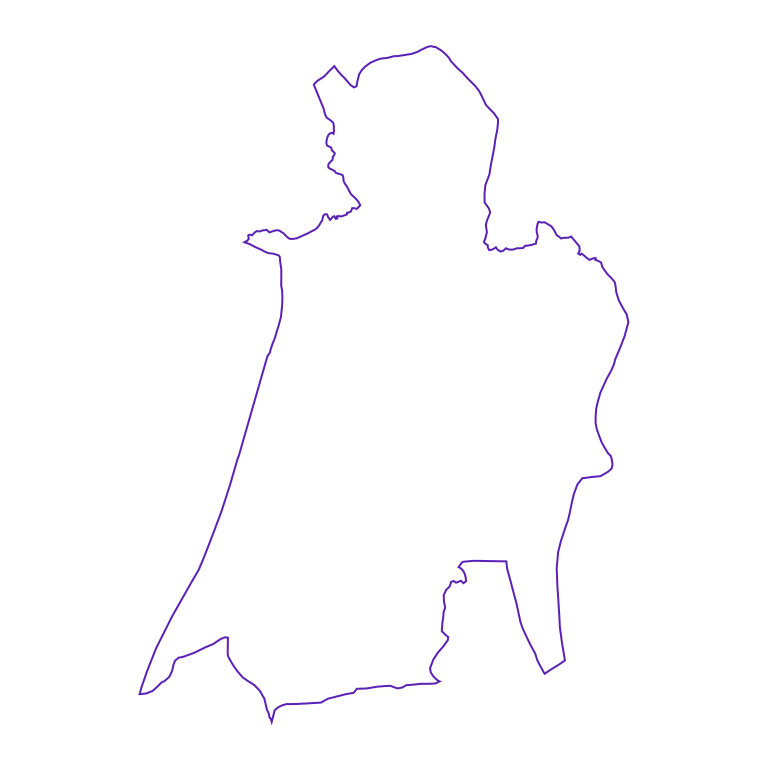 Ponhea Lueu, Kândal, Cambodia
{"feature_id": "14789045B73499055416904", "entity_name": "Ponhea Lueu", "entity_type": "district", "adm_level": 2, "iso_a3": "KHM", "parent_name": "Cambodia", "parent_adm1": "Kândal", "projection": "robinson", "projection_center": [104.799, 11.777], "detail": "fine", "context": "isolated", "style": "outline", "palette": "violet", "viewbox_px": 768, "rotation_deg": 0, "n_neighbors": 0, "source": "geoboundaries", "source_scale": "gbopen_adm2", "svg_char_len": 5391}
<svg xmlns="http://www.w3.org/2000/svg" viewBox="0 0 768 768"><path d="M458.7,69.3L456.7,67.4L451.1,61.4L448.9,57.8L445.8,54.4L441.2,50.4L435.7,47.1L433.8,46.9L431.0,46.1L428.2,46.7L425.2,47.9L421.1,49.9L417.6,51.8L415.0,52.7L411.3,54.0L409.0,54.3L404.9,55.0L401.5,55.5L397.6,56.1L394.0,56.2L387.3,57.9L380.2,58.7L374.9,60.7L370.1,62.9L365.1,66.7L361.8,70.1L359.3,73.9L358.0,78.9L357.1,82.5L356.6,86.2L353.8,87.4L350.3,84.8L347.4,81.4L344.1,77.6L341.7,75.3L338.2,71.4L336.1,68.6L334.3,66.1L331.6,68.8L329.1,71.2L327.0,73.5L323.8,76.7L321.4,78.3L317.6,80.7L315.3,82.8L313.8,84.6L323.6,108.6L325.2,114.7L326.7,117.7L329.1,119.3L331.4,121.0L333.2,122.8L333.9,126.0L333.8,128.1L334.0,131.1L333.5,133.8L332.0,132.8L330.2,133.3L328.6,134.6L327.2,137.7L326.8,139.3L326.3,142.9L327.1,145.5L328.8,146.4L331.2,147.6L331.9,150.4L333.1,151.4L334.8,153.2L334.3,154.9L332.8,157.0L332.5,159.9L331.0,161.3L329.0,163.4L328.2,165.0L328.4,167.4L330.2,168.9L332.3,169.7L335.0,171.4L335.9,172.9L338.3,173.7L340.4,174.2L342.5,175.1L343.3,177.2L343.6,181.2L345.3,184.3L346.7,186.1L348.8,190.2L350.4,193.2L351.8,195.0L354.0,197.0L356.0,198.8L358.3,201.7L359.5,203.8L360.3,205.2L356.8,208.9L354.0,208.1L352.2,208.2L350.9,211.5L348.6,212.6L347.1,212.7L346.8,214.5L344.5,215.3L342.1,216.2L340.2,216.4L338.7,216.0L336.8,216.4L337.4,218.4L335.8,218.8L334.1,216.2L332.8,216.9L330.1,219.9L328.0,216.9L327.2,214.4L324.9,214.2L323.3,215.7L322.5,218.7L322.2,220.6L320.7,222.4L320.1,223.9L318.1,226.7L316.6,228.4L314.3,230.0L311.9,231.1L308.4,233.1L296.6,238.4L291.8,239.0L289.4,238.7L286.7,236.7L284.0,233.7L282.4,232.6L279.6,230.8L277.9,230.2L274.6,230.6L271.4,231.7L269.3,232.4L266.7,229.8L265.2,230.2L262.4,230.4L260.5,231.3L258.4,231.4L256.8,231.0L254.6,232.6L252.1,235.3L249.7,234.6L248.2,235.4L248.5,237.1L248.7,239.0L247.3,240.6L244.4,242.2L249.5,244.0L255.1,247.0L261.0,249.6L264.8,251.7L268.7,253.2L273.4,253.7L278.7,255.4L279.8,257.0L280.2,261.8L281.3,269.6L281.3,277.3L281.2,285.8L282.1,290.2L282.4,297.4L282.2,304.6L281.6,310.6L281.0,316.8L278.5,326.1L276.8,331.3L275.8,335.0L274.1,340.2L273.1,342.3L272.5,343.9L271.1,347.9L270.4,350.4L269.9,352.6L267.5,356.1L266.3,360.1L238.7,456.2L237.9,457.8L229.8,485.6L221.3,511.9L216.6,524.3L215.5,527.4L209.0,544.4L202.9,560.0L198.6,570.0L190.9,583.2L172.3,616.0L156.0,648.5L147.5,670.1L141.4,687.5L139.6,694.1L141.4,694.1L146.4,693.4L152.5,691.0L157.8,686.3L160.2,683.7L162.3,681.9L163.9,681.5L169.2,677.0L172.1,671.0L173.4,665.0L175.1,660.6L178.6,657.7L182.9,656.9L193.2,653.2L198.3,650.8L205.6,647.2L213.1,644.1L220.7,639.0L225.1,637.3L227.9,637.6L227.7,654.0L228.3,656.7L230.6,660.9L234.1,666.7L238.1,672.1L242.8,677.5L248.0,681.1L254.2,685.0L259.6,690.5L264.4,698.7L267.0,709.9L268.6,713.1L269.6,717.6L270.8,718.8L271.7,721.9L273.4,715.3L274.7,710.2L278.2,707.3L282.0,705.4L286.4,704.1L296.5,704.0L309.2,703.3L320.9,702.6L328.0,698.7L345.3,694.3L353.7,692.8L356.8,688.8L366.3,688.5L371.8,687.6L377.1,686.7L384.7,686.1L390.4,685.8L393.4,687.0L397.5,688.4L402.3,687.5L406.3,685.2L412.6,684.7L421.0,683.8L429.0,683.8L435.3,683.5L439.7,681.4L437.5,680.3L433.4,676.5L430.7,672.2L430.1,668.1L433.3,659.6L437.7,652.9L443.5,646.1L447.9,640.0L448.2,637.1L445.3,634.7L441.8,631.1L442.2,626.2L442.4,622.9L443.3,616.5L443.6,612.2L445.2,607.4L444.0,601.8L443.7,595.3L446.1,590.0L449.7,586.4L451.1,581.9L453.8,581.0L456.1,582.7L460.9,580.8L463.5,583.2L466.1,581.1L465.6,577.0L464.6,573.6L463.2,570.9L461.2,568.6L458.6,567.1L461.7,562.8L463.0,561.8L467.1,561.4L472.9,560.9L481.2,560.9L488.8,561.1L497.0,561.2L501.8,561.3L506.3,561.3L507.1,568.5L510.4,580.6L513.4,592.0L516.5,603.5L518.6,613.3L520.3,621.5L522.5,628.0L524.3,632.1L530.5,645.0L535.2,653.5L537.2,660.0L540.4,666.3L544.6,673.8L550.5,669.8L558.4,664.9L564.9,660.5L564.0,654.8L561.9,642.2L559.9,627.4L559.3,615.7L558.4,601.5L557.4,586.3L556.7,568.4L558.1,552.2L560.9,541.1L565.8,526.3L568.0,520.2L569.8,512.7L571.8,502.6L573.9,493.9L577.4,484.5L582.2,478.3L591.5,477.0L600.4,476.2L608.3,471.6L611.6,468.5L612.5,464.4L611.8,459.5L610.9,456.2L607.9,453.0L604.7,447.8L601.7,442.4L599.3,436.2L596.8,429.2L595.6,422.9L595.6,416.6L596.2,408.8L597.7,402.1L600.3,392.9L602.6,387.7L606.7,378.7L611.1,370.9L613.9,364.4L615.3,359.1L619.6,349.0L622.1,342.6L624.5,336.5L627.0,327.3L628.4,322.2L626.7,314.5L622.3,307.0L618.8,300.3L616.3,292.4L615.6,286.5L614.8,282.3L612.2,279.0L607.8,274.5L604.7,270.5L602.3,266.9L601.1,262.5L598.4,261.0L595.3,259.8L595.7,258.1L593.9,258.1L589.5,259.9L586.1,257.4L583.1,254.7L581.4,253.6L580.3,254.8L578.2,253.6L579.7,250.4L579.4,246.4L574.8,240.9L571.1,236.5L568.9,237.6L565.4,237.8L562.9,237.9L561.0,238.5L558.9,236.6L556.8,235.3L554.2,230.3L551.5,226.4L548.1,224.3L544.4,222.2L542.3,222.6L538.5,221.9L537.6,223.9L536.6,228.7L536.7,232.2L537.8,236.3L537.3,238.7L536.4,240.2L535.9,243.6L532.3,244.7L527.2,245.7L525.0,245.8L523.1,248.0L519.2,248.3L517.2,248.2L512.4,249.7L508.9,249.5L506.0,248.3L503.1,250.8L500.6,251.6L497.4,249.5L495.9,247.3L493.8,248.8L492.0,249.6L489.3,250.2L487.8,247.3L487.7,245.1L485.2,243.7L483.9,242.0L485.3,238.5L486.9,232.3L485.8,224.9L487.0,220.4L488.4,217.1L490.2,212.6L488.8,208.3L484.6,202.5L484.5,193.7L485.4,185.0L489.4,174.5L490.8,165.3L492.9,154.7L494.3,147.2L495.4,139.0L497.3,129.6L498.0,122.8L498.0,119.1L494.0,113.3L490.0,109.3L485.8,104.7L481.7,95.9L479.1,91.0L474.8,85.5L468.1,78.9L462.6,72.8L458.7,69.3Z" fill="none" stroke="#5b21b6" stroke-width="2"/></svg>